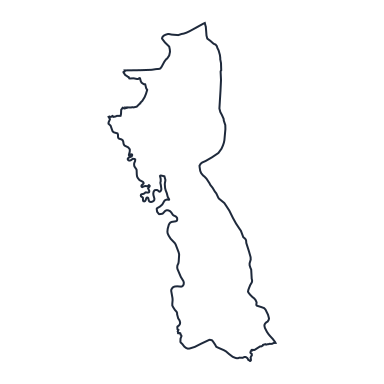 the district of Yarang, Pattani, Thailand
{"feature_id": "78962969B64545925987472", "entity_name": "Yarang", "entity_type": "district", "adm_level": 2, "iso_a3": "THA", "parent_name": "Thailand", "parent_adm1": "Pattani", "projection": "albers", "projection_center": [101.287, 6.699], "detail": "fine", "context": "isolated", "style": "outline", "palette": "slate", "viewbox_px": 384, "rotation_deg": 0, "n_neighbors": 0, "source": "geoboundaries", "source_scale": "gbopen_adm2", "svg_char_len": 6039}
<svg xmlns="http://www.w3.org/2000/svg" viewBox="0 0 384 384"><path d="M157.1,211.7L158.8,213.9L159.1,214.1L160.0,214.1L162.1,213.8L162.8,213.5L165.1,211.0L166.2,210.4L167.0,210.2L168.4,210.4L170.1,211.2L171.4,212.6L172.8,214.8L173.7,215.5L175.7,216.4L176.8,217.5L177.1,218.0L177.2,219.7L176.9,220.6L176.6,220.9L175.7,221.3L171.8,221.9L170.4,222.5L169.5,223.5L168.8,224.8L167.7,228.8L167.4,231.7L167.6,233.2L168.0,234.2L168.7,235.7L170.6,238.7L174.9,243.2L175.7,244.6L178.6,252.2L179.1,254.2L179.1,255.3L178.7,261.5L178.4,263.3L177.4,265.5L177.2,267.3L177.3,268.2L177.5,269.1L180.8,276.9L183.4,281.1L183.8,282.5L183.7,284.2L183.2,285.3L182.4,286.2L181.4,286.6L180.6,286.6L177.3,286.3L174.9,286.5L174.0,286.8L173.1,287.2L172.0,288.4L171.3,289.7L171.2,290.9L172.5,298.2L172.6,300.1L172.3,303.6L172.3,305.5L173.1,307.1L174.9,309.9L176.6,311.8L177.1,313.1L177.1,314.3L178.2,318.4L179.3,320.0L179.7,320.9L180.1,322.4L180.0,323.8L179.2,325.2L178.7,325.7L177.6,326.4L177.3,327.0L177.5,329.3L177.8,329.7L178.4,330.0L177.7,331.5L178.1,332.4L178.0,333.1L178.2,333.3L179.2,332.9L180.2,333.2L180.4,333.4L180.4,334.5L181.1,335.1L181.5,336.0L180.5,338.7L180.4,341.9L180.8,342.6L182.3,344.0L184.3,346.6L186.0,347.9L187.6,348.6L189.1,348.6L190.3,348.3L194.8,346.9L201.1,343.7L209.4,339.8L211.0,340.0L212.0,340.3L213.0,341.5L215.1,344.6L216.3,346.8L218.4,347.8L223.9,350.2L226.0,351.4L229.0,354.0L232.7,356.8L235.4,357.9L236.7,358.2L238.1,358.2L239.3,357.7L240.1,357.7L242.6,357.8L244.4,357.0L245.6,357.0L246.4,357.4L247.5,358.3L248.4,360.0L249.1,360.2L249.8,360.9L250.2,361.0L250.5,360.8L250.9,360.3L250.9,359.1L250.6,357.7L251.1,356.3L251.8,355.5L251.8,354.0L250.9,353.3L250.4,352.7L250.7,351.3L251.5,350.6L251.5,350.1L251.7,349.9L252.3,349.9L252.6,350.3L253.2,349.9L254.2,350.0L254.6,349.9L260.1,346.4L261.3,346.4L261.7,346.2L262.8,345.5L263.0,344.9L263.9,344.6L265.4,344.2L265.9,344.6L266.3,344.6L267.2,344.3L268.9,344.1L269.5,343.8L271.0,343.9L272.1,343.8L273.7,343.0L275.5,342.9L275.1,342.1L272.8,339.0L270.2,336.2L268.6,334.3L266.9,331.8L264.9,327.9L264.5,326.2L264.4,325.1L265.0,323.7L266.3,322.3L267.6,321.6L268.7,319.8L269.0,318.4L268.0,314.7L265.5,309.6L264.1,308.1L261.4,307.1L256.9,305.7L256.3,304.9L256.6,302.4L255.6,300.1L254.2,298.4L252.4,297.0L250.1,294.7L248.6,292.8L248.0,291.7L248.3,290.0L249.0,288.1L250.2,285.1L251.8,282.4L252.1,281.0L252.0,279.9L251.7,278.7L251.2,269.6L250.4,267.8L249.6,265.2L249.6,263.3L250.7,259.6L250.6,257.2L249.0,251.5L246.3,243.0L246.1,240.6L245.7,239.5L244.9,238.5L243.3,237.2L240.9,230.8L239.1,228.2L236.0,223.5L232.9,217.9L229.3,210.6L226.3,206.0L224.3,203.0L218.8,198.5L218.2,197.5L216.3,193.4L214.8,191.5L212.6,187.8L210.3,184.9L209.5,183.3L206.5,178.7L204.5,176.6L203.1,175.5L201.2,173.2L200.2,170.8L199.6,167.0L199.5,165.7L200.7,163.7L202.2,162.5L205.6,161.0L212.0,157.3L218.4,153.0L221.5,148.7L223.0,145.3L223.9,142.6L224.4,140.1L225.4,129.1L225.3,125.1L223.8,120.6L223.6,118.8L221.9,115.0L220.3,112.0L219.4,108.5L220.5,90.6L221.0,80.0L220.6,71.6L220.9,70.6L221.2,70.3L221.0,63.1L220.2,59.0L220.3,58.2L219.9,55.0L218.6,50.4L217.4,48.0L216.8,46.1L215.5,44.5L214.3,44.1L213.2,43.4L210.4,40.9L207.3,38.6L206.5,35.6L205.8,26.6L205.5,25.8L204.8,23.0L203.1,23.8L189.4,31.3L186.4,32.7L183.7,33.6L181.5,34.0L178.3,35.1L171.7,34.6L168.8,34.0L167.6,34.1L165.4,34.8L163.7,35.7L162.6,36.8L162.0,38.3L162.3,39.0L164.9,42.4L169.2,46.6L169.8,49.4L170.0,51.8L169.2,55.5L167.2,58.5L166.1,59.3L164.4,61.6L161.6,66.8L160.3,68.5L159.1,68.9L156.1,69.1L151.7,69.8L140.4,70.2L124.7,70.4L124.8,70.7L124.7,71.4L123.5,72.0L123.5,72.5L125.3,75.1L126.7,75.9L127.8,76.8L128.6,77.0L129.3,78.4L129.9,78.5L133.6,78.3L137.0,79.0L137.9,79.0L138.3,78.9L139.2,78.2L139.5,78.1L140.0,78.3L140.8,81.3L141.6,82.7L143.8,84.2L145.0,84.2L145.2,84.3L146.2,88.3L147.2,89.9L146.0,93.8L144.6,97.2L142.3,100.9L140.5,102.6L140.3,103.4L139.9,103.5L136.7,106.7L134.8,107.1L133.6,107.4L132.2,107.2L131.0,107.5L127.0,107.4L126.9,107.9L126.6,108.0L125.2,107.5L125.0,108.4L124.8,108.5L123.4,108.2L122.9,107.7L122.7,107.7L121.2,109.8L121.0,114.0L120.6,115.8L120.2,115.9L116.9,115.9L115.5,116.5L113.4,116.9L113.1,116.8L112.7,116.0L112.5,115.9L111.2,116.8L110.2,116.9L109.4,116.5L108.6,116.9L109.8,118.8L109.9,119.4L108.6,122.3L108.5,123.7L110.6,125.7L112.5,131.1L113.2,131.9L114.0,132.4L117.5,133.4L118.0,134.7L118.0,137.0L118.4,138.1L119.1,138.7L121.5,139.4L122.7,140.3L123.2,141.5L123.6,143.9L124.3,145.3L124.8,145.7L128.1,147.3L129.5,148.9L129.8,149.5L129.8,150.5L129.7,151.9L128.9,154.7L128.9,155.2L129.1,155.6L129.6,156.0L130.1,156.0L130.5,155.7L131.1,154.3L131.7,154.3L132.1,154.6L132.2,155.1L131.7,156.4L129.0,157.5L128.0,158.3L127.7,159.0L127.9,159.7L128.6,160.4L129.8,160.6L131.1,160.1L132.5,159.0L132.9,158.8L134.6,159.0L135.2,159.4L135.1,161.0L134.2,163.2L134.1,164.9L134.4,166.4L136.3,169.2L136.6,169.9L136.8,174.7L137.1,176.6L137.8,178.0L139.5,180.1L142.8,181.8L143.4,182.4L143.5,182.7L143.6,183.4L143.3,183.8L141.6,185.3L141.4,186.0L141.5,186.5L141.8,186.9L142.3,187.1L143.8,186.4L145.3,186.0L147.6,186.3L148.9,185.1L149.1,185.2L149.7,185.9L149.5,186.6L148.1,188.3L149.3,191.0L149.1,192.1L148.7,192.4L147.9,192.6L146.0,192.4L145.5,192.4L144.6,193.2L143.7,193.8L141.4,194.3L141.0,194.7L140.8,195.5L141.0,196.3L141.3,196.6L142.5,197.3L142.9,197.7L143.0,200.3L143.4,201.2L144.3,201.4L145.0,201.1L145.6,200.2L146.3,198.3L146.6,197.8L147.1,197.5L147.7,197.6L148.2,198.0L148.9,200.8L149.4,201.5L150.0,201.8L151.0,202.0L152.2,201.7L153.2,201.2L154.0,200.5L154.3,199.9L154.4,198.6L153.4,195.0L153.3,193.4L153.6,191.8L154.3,190.6L154.6,190.3L155.1,190.1L157.0,190.0L157.8,190.4L159.2,191.6L159.6,191.7L160.1,191.5L160.7,190.9L161.3,189.7L161.3,188.6L160.8,184.9L160.4,183.2L160.4,182.3L160.7,181.4L160.7,178.9L160.0,176.0L160.4,175.6L160.9,175.5L164.4,176.3L165.4,179.9L165.3,181.0L164.9,183.0L164.8,184.4L165.1,188.1L165.7,190.4L166.8,193.2L167.7,196.8L169.1,199.3L169.1,199.6L168.9,199.8L167.6,199.6L166.6,199.6L165.1,200.2L164.3,201.0L162.3,204.5L159.9,206.6L157.1,208.2L156.7,208.9L157.1,211.7Z" fill="none" stroke="#1e293b" stroke-width="2"/></svg>